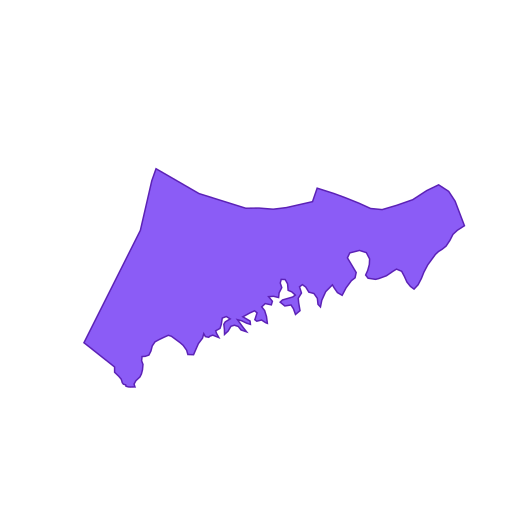 the district of Sabak Bernam, Selangor, Malaysia, rotated 137°
{"feature_id": "92858781B3591974516081", "entity_name": "Sabak Bernam", "entity_type": "district", "adm_level": 2, "iso_a3": "MYS", "parent_name": "Malaysia", "parent_adm1": "Selangor", "projection": "mercator", "projection_center": [101.106, 3.678], "detail": "fine", "context": "isolated", "style": "filled", "palette": "violet", "viewbox_px": 512, "rotation_deg": 137, "n_neighbors": 0, "source": "geoboundaries", "source_scale": "gbopen_adm2", "svg_char_len": 2312}
<svg xmlns="http://www.w3.org/2000/svg" viewBox="0 0 512 512"><g transform="rotate(137 256 256)"><path d="M369.0,226.4L357.9,231.2L351.1,232.4L347.2,234.8L348.0,231.6L346.0,228.8L344.4,228.8L341.6,227.6L338.8,221.7L337.6,226.4L336.5,228.8L331.7,227.6L328.1,229.6L323.0,233.6L319.0,232.0L317.8,227.6L323.4,228.8L326.1,228.0L329.3,223.7L332.5,220.1L327.7,220.1L322.2,221.7L319.0,220.1L317.0,216.5L317.4,212.1L314.6,207.0L314.2,212.1L313.0,222.1L310.7,218.5L308.7,213.3L306.7,209.8L304.7,212.5L307.1,220.5L299.2,218.5L294.4,216.9L294.0,213.7L300.3,210.2L299.9,207.8L295.6,205.4L294.4,200.6L293.6,199.0L289.6,204.6L286.9,210.2L286.5,214.9L281.7,214.9L278.1,209.8L274.9,211.7L274.5,217.7L270.6,214.5L267.8,210.2L264.2,213.3L258.7,215.3L256.7,219.7L253.5,221.7L250.7,218.9L251.9,214.1L255.9,209.0L254.3,205.4L253.9,200.6L257.1,201.0L266.6,205.8L269.8,205.8L269.0,199.8L263.8,196.3L264.6,191.9L267.0,186.3L261.1,186.0L256.7,192.7L253.9,196.3L248.0,197.9L245.2,203.8L241.6,203.4L240.8,199.4L242.0,193.5L239.2,189.1L240.0,183.2L243.6,178.4L243.6,174.8L238.0,178.8L229.3,182.4L219.8,182.8L220.6,179.2L221.4,173.7L219.8,168.5L211.8,171.3L203.1,172.9L198.4,172.5L194.0,175.6L192.0,184.8L190.4,192.3L185.3,194.3L176.5,189.5L173.0,183.2L174.9,176.4L178.9,172.5L184.1,169.3L188.8,167.3L189.2,163.3L184.5,157.4L181.7,155.8L174.1,152.6L166.2,151.4L162.2,150.6L159.9,145.5L161.4,139.9L163.4,134.0L163.8,128.4L163.0,124.0L157.1,124.4L150.3,126.8L144.4,129.6L136.4,132.4L123.7,134.8L119.4,134.8L115.4,134.0L110.3,133.6L103.5,135.2L97.2,137.5L91.2,137.5L82.9,136.0L73.0,160.3L71.0,171.9L73.9,183.5L86.5,187.4L103.0,190.3L118.5,197.1L132.1,203.9L139.8,212.6L144.6,224.2L150.5,236.8L156.3,248.4L165.0,263.9L177.6,257.2L200.8,270.7L211.5,278.5L221.2,289.1L230.9,297.9L255.1,340.5L269.6,388.0L280.9,382.1L323.1,353.6L441.0,309.9L440.9,309.5L435.1,271.3L438.7,267.4L438.4,261.6L438.6,257.9L439.5,255.9L440.2,254.6L440.4,252.7L439.2,250.6L439.9,249.4L438.6,247.3L437.4,246.0L433.8,242.8L433.7,243.1L432.5,245.5L428.9,246.7L423.4,246.7L420.2,247.9L416.6,250.2L412.6,253.8L411.1,257.4L407.9,260.2L405.5,258.2L401.9,256.6L397.6,258.2L393.2,261.0L388.4,262.1L384.1,261.0L378.9,259.4L374.2,257.8L372.6,255.0L370.6,244.3L370.2,240.3L371.0,234.4L373.0,230.4L371.0,228.4L369.0,226.4Z" fill="#8b5cf6" stroke="#5b21b6" stroke-width="1.5"/></g></svg>